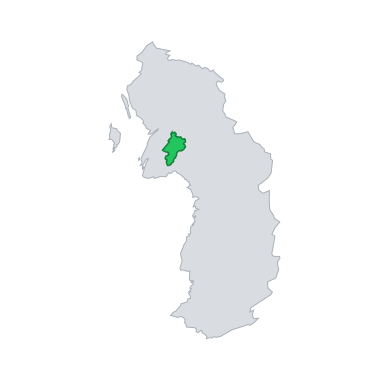 location of Västmanland within Sweden, rotated 137°
{"feature_id": "SWE-186", "entity_name": "Västmanland", "entity_type": "County", "adm_level": 1, "iso_a3": "SWE", "parent_name": "Sweden", "parent_adm1": "", "projection": "robinson", "projection_center": [16.24, 59.758], "detail": "fine", "context": "in_parent", "style": "filled", "palette": "green", "viewbox_px": 384, "rotation_deg": 137, "n_neighbors": 0, "source": "natural_earth", "source_scale": "10m", "svg_char_len": 6221}
<svg xmlns="http://www.w3.org/2000/svg" viewBox="0 0 384 384"><g transform="rotate(137 192 192)"><path d="M96.1,252.8L97.3,255.5L100.1,255.1L101.2,253.2L102.8,247.5L101.1,241.2L103.6,239.0L105.3,235.5L109.1,234.5L114.2,230.5L114.8,226.5L116.0,223.6L112.0,214.7L111.7,212.5L118.2,211.3L121.1,205.4L116.7,201.6L110.0,198.0L112.6,186.6L109.9,180.4L110.4,177.8L110.0,173.8L111.7,172.2L108.6,166.3L112.0,162.3L111.5,160.2L121.1,152.0L127.4,150.5L138.9,151.7L141.7,148.5L141.8,146.8L140.8,142.6L134.4,140.3L141.6,132.9L147.2,126.0L148.3,119.4L149.6,116.6L148.3,110.1L155.7,109.3L162.4,106.7L161.5,103.1L176.0,92.2L176.4,90.3L175.4,88.4L171.9,85.1L172.9,83.6L176.8,82.7L178.6,81.2L181.5,76.1L189.4,72.0L198.0,74.7L201.8,70.2L201.5,63.9L204.6,63.2L227.8,67.2L231.6,64.8L227.6,63.6L231.5,61.1L232.6,59.5L232.9,57.7L232.7,56.7L229.5,54.4L236.7,54.1L240.7,55.2L241.1,56.6L257.0,64.0L269.6,67.0L273.3,69.1L274.7,71.4L276.6,71.5L279.0,73.7L281.5,74.9L279.6,76.4L279.8,79.9L280.5,81.5L279.4,84.4L283.5,85.2L284.3,87.0L282.2,88.8L282.5,90.8L288.1,97.0L286.8,99.0L286.5,101.5L284.2,103.3L283.9,105.2L284.5,107.7L285.3,108.9L287.7,109.7L291.8,116.3L287.9,116.8L284.9,115.9L277.9,116.7L276.2,117.7L270.7,115.1L267.7,116.5L265.6,115.2L264.0,117.4L263.6,120.3L261.1,120.1L262.1,121.2L258.7,121.6L258.5,122.0L259.2,122.8L258.2,123.7L253.5,124.0L252.9,124.9L254.3,126.1L254.3,126.8L251.2,125.7L253.4,127.8L253.9,129.4L247.5,135.7L249.7,137.4L251.6,141.0L253.6,142.7L252.8,144.4L246.2,148.4L242.5,154.7L234.1,158.8L229.7,159.9L226.9,162.8L223.5,161.9L223.4,163.6L221.2,162.5L219.5,165.2L216.5,167.4L213.1,167.0L212.7,167.4L213.8,168.0L209.9,168.6L208.8,170.9L205.9,171.5L205.5,172.3L208.4,172.4L207.8,174.3L204.5,175.2L203.3,176.4L201.9,176.4L202.1,175.5L199.9,175.5L199.2,174.5L198.8,174.7L200.3,177.8L199.2,179.0L201.3,180.2L195.3,183.3L191.7,182.1L191.2,183.0L192.0,185.6L195.2,187.7L193.3,189.0L191.2,195.0L192.7,198.7L188.5,197.9L188.8,199.3L187.5,200.9L188.0,203.3L187.6,204.8L188.6,206.2L188.0,206.9L188.7,213.5L189.9,216.3L189.5,218.6L191.2,219.8L194.9,220.0L196.0,221.9L200.6,220.8L203.9,224.5L210.2,227.6L209.9,229.6L213.9,231.1L216.3,233.9L217.2,236.3L216.9,237.8L210.8,241.8L206.0,244.4L201.1,246.1L201.3,246.7L203.8,247.0L209.7,245.1L211.5,246.8L208.3,247.5L207.6,249.8L206.3,251.3L193.1,256.6L191.3,258.2L185.4,260.8L174.8,260.6L173.2,261.2L182.4,262.3L184.6,264.2L180.2,265.4L182.1,270.0L181.0,271.1L180.9,276.2L179.4,276.3L178.7,278.4L179.5,283.5L180.3,284.9L179.9,286.4L177.4,289.8L178.3,294.0L175.4,301.5L172.1,305.8L169.6,311.6L166.8,313.7L163.5,312.4L158.6,313.1L149.7,312.9L148.6,313.5L149.2,315.6L146.0,315.3L140.3,319.8L140.1,321.9L142.3,326.1L139.5,328.9L133.4,328.2L125.4,329.9L118.2,328.6L119.2,327.1L119.9,321.5L111.9,310.2L115.7,311.4L117.3,310.8L115.0,307.1L118.3,306.8L119.3,305.5L118.8,303.4L116.1,302.4L113.8,299.1L111.4,297.3L107.2,290.6L105.7,286.0L104.2,286.5L103.0,281.2L100.7,280.4L100.4,275.0L97.9,274.5L96.4,272.0L96.3,267.4L93.3,266.8L93.8,264.5L93.1,256.4L92.2,253.8L93.0,252.0L94.6,251.8L96.1,252.8ZM219.4,277.9L218.1,278.4L217.3,279.9L215.2,280.6L214.9,285.3L216.9,287.1L214.9,287.8L213.5,290.3L209.9,292.0L208.5,293.6L207.8,295.8L204.6,297.0L206.8,293.6L203.9,289.7L204.6,288.3L204.3,283.8L210.7,278.0L213.7,277.3L215.0,278.0L215.6,276.6L216.5,276.3L219.4,277.9ZM178.3,310.2L176.7,311.2L176.2,309.8L176.4,304.4L179.9,298.0L181.5,297.4L185.9,288.7L186.3,288.2L187.8,288.7L186.7,289.5L186.8,291.0L184.1,295.7L183.3,298.7L182.4,299.5L178.3,310.2ZM220.7,276.1L220.4,277.4L218.8,276.3L220.3,274.9L223.5,275.3L220.7,276.1ZM212.7,242.4L210.7,244.5L210.3,243.6L210.7,242.6L212.7,242.4ZM208.4,253.0L207.3,253.1L208.0,251.7L209.4,251.4L208.4,253.0Z" fill="#d9dde1" stroke="#a8b0b8" stroke-width="1"/><path d="M185.1,242.5L184.2,242.9L184.0,243.0L183.5,243.0L183.3,242.9L174.3,244.1L174.2,244.2L174.1,244.4L174.1,244.5L174.3,244.9L174.4,245.0L174.7,245.1L174.8,245.2L174.8,245.3L174.7,245.5L174.2,245.8L173.1,246.1L172.6,246.1L172.2,246.1L171.2,245.9L170.9,245.9L170.5,245.9L169.8,246.1L169.5,246.3L169.4,246.4L168.4,247.6L168.3,247.8L168.2,247.9L168.3,248.1L168.3,248.3L168.2,248.5L167.9,248.7L167.5,249.0L166.2,249.3L166.6,248.9L166.6,248.7L166.4,248.6L165.8,248.7L165.5,248.6L165.3,248.4L165.0,248.0L164.6,247.7L163.9,247.5L163.8,247.4L163.9,247.2L164.3,246.3L164.2,246.2L163.9,245.9L163.9,245.7L163.9,245.4L164.0,245.2L165.3,244.8L165.7,244.6L165.8,244.4L165.8,244.1L165.7,243.8L165.4,243.4L165.3,243.2L165.6,242.7L165.6,242.3L165.4,242.2L164.9,242.2L164.7,242.1L164.5,241.7L164.4,241.1L164.3,240.7L164.1,240.5L163.8,240.4L163.1,240.4L162.9,240.4L162.7,240.0L162.7,239.5L163.0,238.5L163.1,238.1L163.0,237.7L162.7,237.1L162.5,236.7L162.0,236.5L161.7,236.4L161.4,236.3L161.5,236.1L161.6,235.9L161.6,235.7L161.3,235.4L161.1,235.1L161.3,234.8L161.4,234.6L161.6,234.4L162.0,234.1L162.1,233.9L162.2,233.5L162.4,233.3L162.8,233.1L163.3,233.1L163.8,233.2L164.2,233.4L164.4,233.4L164.8,233.3L165.2,233.0L165.3,232.8L165.4,232.7L165.4,231.9L165.4,231.7L165.2,231.4L165.2,231.1L165.5,230.9L165.7,230.6L165.9,230.1L165.8,229.9L165.8,229.7L166.6,229.3L166.9,229.1L167.2,229.1L167.6,229.2L168.6,228.9L169.0,228.9L169.4,228.9L170.0,229.0L170.3,229.1L170.6,229.0L170.8,229.1L171.1,229.2L171.6,229.3L171.9,229.4L172.2,229.7L172.3,230.1L172.4,230.3L172.4,230.6L172.6,230.7L173.0,230.9L173.3,231.0L174.9,231.1L175.6,231.1L176.5,230.9L176.9,230.7L177.3,230.5L178.0,229.6L178.6,229.2L180.8,228.7L181.2,228.6L181.1,228.3L181.8,228.5L182.2,228.5L182.6,228.4L184.3,227.7L184.5,227.4L184.4,227.2L184.5,227.1L184.8,226.8L185.1,226.7L185.3,226.7L185.9,226.8L186.0,226.8L187.5,227.0L187.8,226.9L188.1,226.7L189.2,226.5L191.4,227.6L191.7,227.9L191.8,228.2L191.7,228.6L190.5,231.1L190.2,231.5L189.9,231.7L189.7,231.7L189.3,231.7L189.1,231.7L189.0,231.8L188.5,232.5L188.3,232.7L188.3,232.8L188.2,232.9L188.3,233.1L188.5,233.2L188.8,233.3L189.0,233.6L189.0,234.0L188.9,234.5L188.7,234.8L188.5,235.1L187.7,235.5L187.0,235.9L186.7,236.0L186.4,236.1L186.2,236.0L186.1,235.9L185.9,235.6L184.9,235.4L183.8,235.1L183.5,235.1L183.4,235.1L183.4,235.4L183.4,235.9L183.3,236.2L183.1,236.4L182.3,236.7L182.3,236.9L182.4,237.2L184.1,239.6L184.3,240.2L184.8,241.8L185.0,242.2L185.1,242.5Z" fill="#22c55e" stroke="#15803d" stroke-width="1.5"/></g></svg>